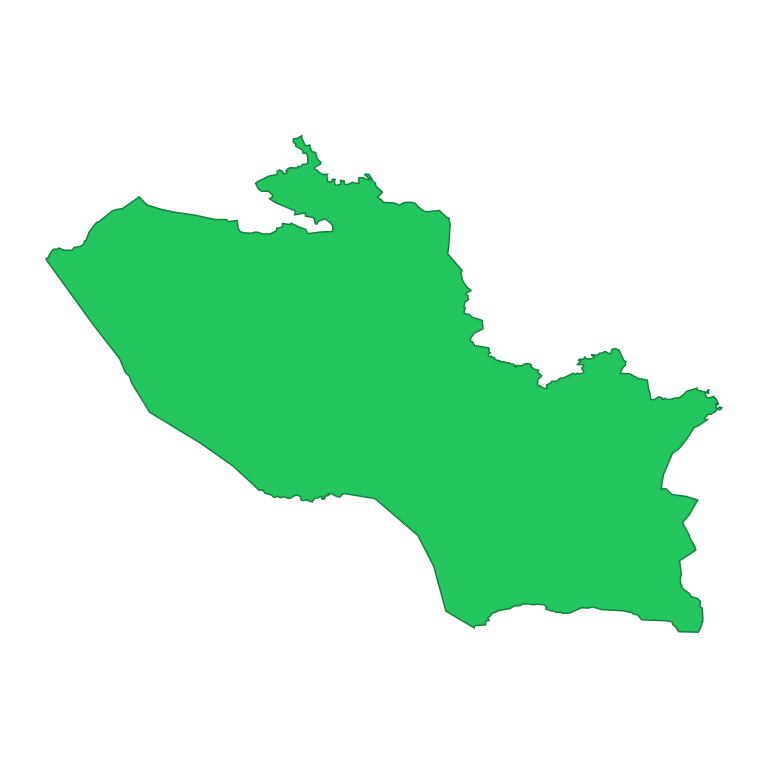 Medumu pag., Daugavpils, Latvia
{"feature_id": "27541924B97158301114039", "entity_name": "Medumu pag.", "entity_type": "district", "adm_level": 2, "iso_a3": "LVA", "parent_name": "Latvia", "parent_adm1": "Daugavpils", "projection": "equal_earth", "projection_center": [26.374, 55.776], "detail": "fine", "context": "isolated", "style": "filled", "palette": "green", "viewbox_px": 768, "rotation_deg": 0, "n_neighbors": 0, "source": "geoboundaries", "source_scale": "gbopen_adm2", "svg_char_len": 6110}
<svg xmlns="http://www.w3.org/2000/svg" viewBox="0 0 768 768"><path d="M619.1,350.2L616.0,348.9L613.3,348.7L611.4,350.1L611.3,352.7L610.3,353.5L609.0,353.6L605.9,351.8L604.5,351.6L602.1,353.1L599.4,353.3L597.3,355.2L591.6,354.7L591.6,355.3L594.1,357.2L593.0,358.5L587.0,359.0L584.6,357.1L583.9,359.0L579.1,359.4L578.5,360.3L580.7,361.1L581.1,361.7L579.0,362.8L577.5,364.6L583.8,364.7L583.6,365.8L581.9,368.1L582.0,369.4L583.6,371.0L583.7,372.3L583.1,373.0L579.9,373.8L577.3,373.2L575.4,374.3L573.3,373.2L563.6,377.9L560.2,378.2L556.5,381.3L551.6,381.3L550.8,383.0L546.7,384.8L546.4,385.8L547.4,387.7L546.1,388.6L541.9,387.6L540.1,385.5L538.8,386.1L537.4,384.0L538.1,378.9L540.4,377.4L541.7,375.7L538.0,372.7L537.7,371.7L538.6,370.4L534.6,369.3L531.3,367.0L531.0,364.6L528.5,363.5L523.7,364.2L522.3,365.7L516.8,365.5L516.1,366.1L516.1,367.0L515.6,366.9L514.7,366.3L514.9,365.4L513.1,364.1L510.4,363.8L509.2,362.9L504.9,362.3L503.7,361.6L500.9,361.9L500.1,360.8L497.7,360.9L497.4,360.1L496.2,360.2L495.0,359.4L494.7,357.9L493.2,357.9L491.9,356.6L488.9,356.1L488.1,355.2L488.2,354.2L490.3,352.9L488.7,351.6L489.3,349.7L488.4,347.8L474.6,345.6L472.4,341.8L470.7,341.3L470.3,340.3L471.0,337.6L474.5,333.1L483.0,328.8L482.1,320.4L471.9,317.1L469.1,314.3L465.9,314.2L464.0,312.9L465.2,307.7L463.9,306.8L465.1,301.4L467.2,300.8L468.6,299.6L467.6,297.4L468.0,295.8L466.1,294.3L465.9,293.3L470.9,290.8L470.8,290.2L466.4,286.8L462.4,280.2L460.9,272.7L461.9,271.5L461.9,270.3L447.7,253.8L448.8,245.5L450.1,224.8L450.1,223.5L448.7,219.9L449.4,218.4L446.8,217.4L439.2,210.4L427.3,211.8L423.8,211.1L418.1,206.7L415.5,203.5L411.4,202.3L404.2,202.5L399.6,205.2L394.4,203.0L383.3,202.3L381.9,200.2L377.7,197.2L382.3,192.3L382.1,191.8L375.7,185.9L375.5,183.3L373.0,181.3L371.5,178.2L370.1,176.7L369.8,175.3L368.5,174.3L366.0,174.0L364.8,174.6L368.0,177.7L369.7,178.2L370.0,179.7L366.5,179.4L363.5,177.8L359.3,177.6L358.4,178.9L358.9,181.2L358.7,183.3L354.6,183.2L352.9,182.2L347.9,184.4L345.9,184.5L344.5,183.9L343.9,182.2L344.5,181.9L344.0,180.8L340.8,180.4L340.4,181.0L340.8,182.9L340.1,184.4L336.7,185.3L335.8,185.1L334.7,183.5L334.5,181.1L335.2,179.5L333.0,179.1L331.5,181.6L328.0,181.7L327.5,180.9L326.8,175.5L327.5,174.2L323.3,174.6L319.2,172.5L317.3,170.4L314.5,168.8L314.4,167.9L314.9,167.3L320.6,163.9L320.9,163.1L320.5,161.7L318.6,160.3L316.6,157.1L315.7,152.5L311.7,151.5L309.9,146.4L309.9,145.1L305.4,145.7L305.0,145.2L301.7,137.5L301.7,135.8L296.4,138.7L293.4,138.9L293.4,142.3L295.7,143.9L295.6,146.1L302.5,150.1L303.1,153.2L305.8,153.0L307.5,155.7L307.9,162.5L307.6,163.1L305.8,164.3L302.8,164.3L300.8,166.6L298.0,166.4L297.7,168.0L290.0,167.8L287.3,169.1L287.4,170.7L286.1,170.8L286.9,173.0L283.6,173.9L282.1,170.9L279.4,170.1L277.0,171.4L277.4,174.4L269.1,176.0L257.4,181.8L255.6,183.2L258.1,188.6L261.5,191.2L268.6,191.3L272.5,195.0L272.5,196.9L269.5,198.7L275.3,202.6L295.5,211.0L294.8,214.8L305.3,212.9L305.5,216.1L313.9,217.7L315.3,223.7L316.9,224.1L318.3,221.4L324.9,218.8L330.3,222.6L332.6,225.6L332.8,231.5L322.0,231.9L307.8,233.6L305.8,229.5L298.5,226.8L291.1,223.2L290.2,224.5L282.4,223.5L282.4,226.8L279.0,228.0L277.0,228.0L276.1,230.9L270.1,233.9L263.3,234.1L258.0,232.3L254.6,232.1L252.1,233.2L243.4,232.8L239.9,231.3L238.0,228.1L237.3,220.6L227.7,221.6L226.7,219.6L214.7,219.5L194.3,215.0L175.1,212.3L161.5,209.5L146.9,204.9L139.2,196.9L122.4,208.7L115.6,209.7L111.9,211.1L99.3,221.5L96.6,222.4L89.2,231.8L85.9,240.7L84.4,241.1L84.0,243.9L80.5,246.4L74.2,247.5L72.4,249.9L70.6,250.4L63.6,250.1L59.0,248.0L56.5,249.4L54.2,249.0L52.4,250.2L50.6,252.8L48.9,256.0L49.3,256.6L48.8,257.4L46.1,258.5L46.3,259.9L92.9,324.2L119.7,358.8L125.3,372.3L129.5,376.4L131.6,382.8L149.6,412.2L200.4,443.1L232.9,465.9L259.3,490.3L262.5,490.0L265.0,493.1L271.5,495.0L273.4,497.0L275.1,497.2L277.1,496.3L280.4,497.7L284.4,496.8L288.1,498.3L289.8,498.4L295.0,495.5L298.0,495.3L300.2,496.5L300.8,497.9L300.6,499.3L301.9,500.5L306.5,500.0L312.3,502.0L312.6,500.6L313.6,500.1L314.3,498.4L318.0,497.9L320.6,496.5L321.8,496.7L321.5,498.2L322.0,499.0L324.0,499.1L325.2,497.8L324.0,497.2L324.3,496.3L327.7,495.7L328.6,495.0L328.0,494.1L328.3,493.7L330.0,494.1L332.1,493.5L334.5,495.5L339.2,497.1L340.7,496.5L342.2,494.2L344.6,493.6L375.0,498.6L417.9,535.5L433.8,566.5L445.9,611.1L474.2,627.9L474.7,626.1L475.3,625.6L485.7,624.8L485.4,622.2L486.5,620.9L488.9,620.7L489.2,620.0L487.7,618.2L487.9,617.7L490.3,616.1L492.5,612.9L495.3,612.4L495.6,611.7L496.7,611.8L496.7,611.0L510.4,608.4L514.1,605.9L520.1,605.6L522.5,604.2L528.7,603.8L533.5,604.9L537.5,604.1L544.3,604.9L546.7,606.9L546.6,607.6L545.6,608.1L546.3,609.3L551.5,611.0L553.7,611.0L556.3,612.4L560.9,612.3L563.1,613.4L569.6,613.1L581.6,607.7L588.2,608.1L592.2,606.8L601.6,609.6L623.2,610.8L631.8,612.7L633.0,613.8L637.7,615.0L641.6,619.8L665.1,620.7L671.9,621.6L672.8,624.6L675.9,627.1L678.7,631.7L698.4,632.2L701.3,626.1L702.2,622.0L702.6,622.1L702.9,617.6L702.1,607.9L700.0,606.8L700.3,601.1L697.4,598.5L691.2,596.6L689.3,593.5L683.8,589.6L682.4,587.7L680.5,583.0L680.3,578.2L681.4,574.5L679.6,560.7L695.8,550.1L694.6,546.1L690.2,538.8L688.7,534.3L685.7,528.4L683.9,526.0L682.7,522.3L689.0,515.1L697.7,500.1L686.2,496.4L672.1,494.6L666.0,488.8L661.1,489.0L663.4,474.8L672.4,453.5L679.6,448.0L686.5,439.4L694.1,427.6L698.1,425.8L707.4,419.7L704.6,418.8L704.9,417.7L707.6,414.8L708.9,414.0L710.7,414.4L711.8,413.9L712.1,413.1L715.0,412.1L716.8,409.9L716.7,409.1L719.9,409.9L721.9,407.8L719.7,406.9L718.1,408.3L716.4,408.3L715.9,407.0L716.6,405.5L715.7,404.2L717.2,403.8L718.1,404.5L718.4,404.0L716.3,399.3L715.4,398.3L713.7,397.6L713.6,396.3L708.4,398.2L706.7,397.3L704.9,393.0L705.9,392.3L707.7,393.3L708.7,393.0L708.4,391.4L708.9,389.9L708.2,389.7L706.8,391.8L705.6,392.1L697.8,390.3L697.0,389.4L697.1,388.2L686.4,391.4L684.6,393.6L679.8,397.6L674.7,398.1L670.5,399.4L667.1,399.4L665.0,398.3L662.8,399.4L661.8,399.3L662.2,397.9L658.6,396.8L654.7,399.5L650.8,399.6L650.0,394.0L648.4,388.5L647.4,380.1L638.3,378.5L629.4,373.6L620.4,373.5L621.5,369.6L625.5,364.8L625.4,362.9L626.0,361.7L623.6,360.0L619.1,350.2Z" fill="#22c55e" stroke="#15803d" stroke-width="1.5"/></svg>